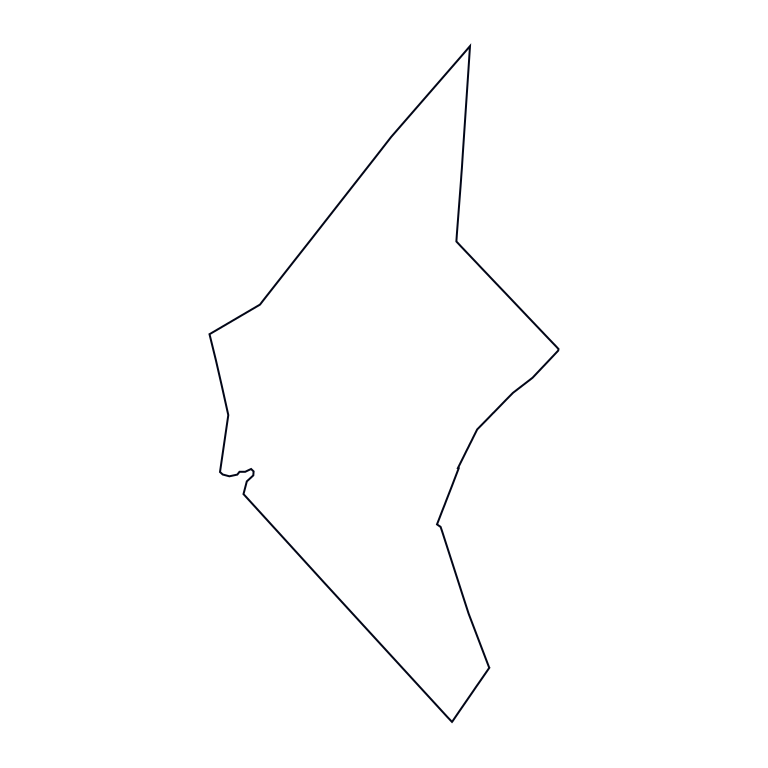 Merwoe, Northern, Sudan
{"feature_id": "16777658B43097500879952", "entity_name": "Merwoe", "entity_type": "district", "adm_level": 2, "iso_a3": "SDN", "parent_name": "Sudan", "parent_adm1": "Northern", "projection": "orthographic", "projection_center": [32.145, 18.369], "detail": "fine", "context": "isolated", "style": "outline", "palette": "ink", "viewbox_px": 768, "rotation_deg": 0, "n_neighbors": 0, "source": "geoboundaries", "source_scale": "gbopen_adm2", "svg_char_len": 1396}
<svg xmlns="http://www.w3.org/2000/svg" viewBox="0 0 768 768"><path d="M452.0,721.9L452.5,721.3L455.0,717.6L459.5,711.0L473.5,690.7L476.0,687.0L479.5,682.0L489.3,667.8L489.2,667.7L473.1,625.4L468.6,613.6L462.1,593.5L453.4,566.4L447.8,549.0L442.2,531.6L440.6,526.9L437.0,524.4L437.1,524.1L437.9,522.1L439.8,517.2L442.5,510.2L444.8,504.4L446.0,501.2L447.4,497.6L451.9,486.1L454.1,480.3L456.4,474.3L458.7,468.3L457.9,468.1L458.1,467.7L463.5,456.9L466.5,450.8L468.8,446.3L469.4,445.0L472.3,439.3L472.7,438.4L477.2,429.4L488.9,417.5L493.3,412.9L493.5,412.8L506.0,399.9L513.0,392.8L532.1,378.1L532.5,377.8L536.2,373.9L541.2,368.6L547.1,362.4L558.2,350.6L558.5,349.0L558.4,348.9L555.9,346.2L553.1,343.3L548.6,338.6L526.9,315.8L510.3,298.3L504.5,292.2L495.9,283.2L490.1,277.1L488.9,275.8L486.8,273.6L484.4,271.1L480.6,267.1L475.9,262.1L466.1,251.8L460.6,246.0L456.4,241.5L456.4,241.2L456.7,236.7L456.8,235.1L460.5,187.0L461.0,180.4L461.4,174.5L461.9,168.1L462.7,155.4L468.5,69.0L470.0,46.1L460.2,57.5L391.2,136.9L375.9,156.6L340.8,201.4L315.4,233.9L312.6,237.5L295.3,259.5L266.5,296.2L262.9,300.8L260.0,304.6L209.5,334.2L215.9,360.2L221.9,386.3L228.3,415.1L220.0,472.0L222.7,474.5L229.4,476.3L237.3,474.6L239.5,471.8L245.2,471.8L248.5,470.2L251.1,469.0L253.6,471.4L253.3,475.4L246.8,481.4L243.5,494.1L287.8,542.7L323.4,581.8L446.9,716.5L452.0,721.9Z" fill="none" stroke="#020617" stroke-width="2"/></svg>